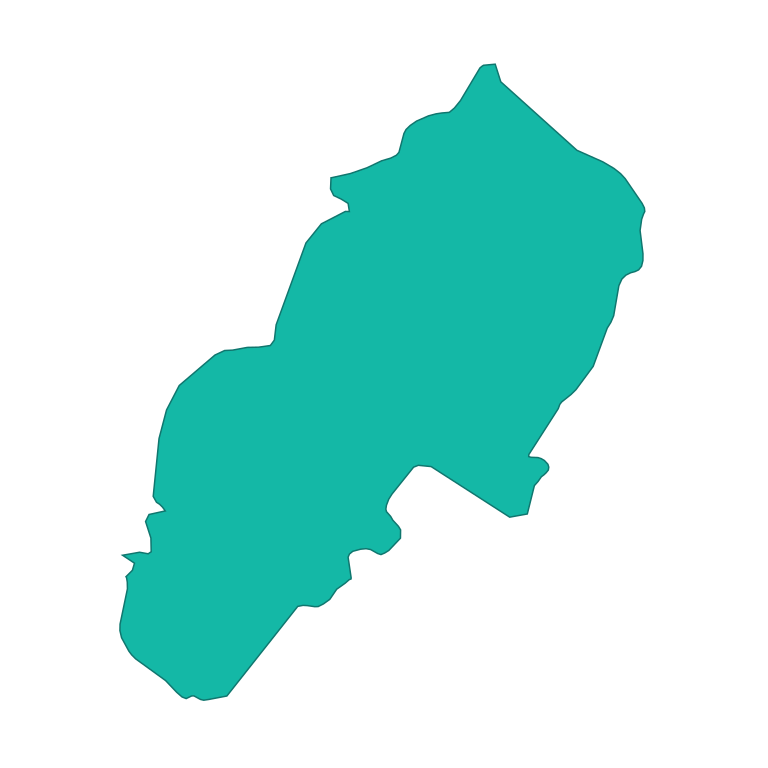 an SVG outline of Viroviticko-Podravska, rotated 273°
{"feature_id": "HRV-1606", "entity_name": "Viroviticko-Podravska", "entity_type": "County", "adm_level": 1, "iso_a3": "HRV", "parent_name": "Croatia", "parent_adm1": "", "projection": "orthographic", "projection_center": [17.571, 45.727], "detail": "fine", "context": "isolated", "style": "filled", "palette": "teal", "viewbox_px": 768, "rotation_deg": 273, "n_neighbors": 0, "source": "natural_earth", "source_scale": "10m", "svg_char_len": 2056}
<svg xmlns="http://www.w3.org/2000/svg" viewBox="0 0 768 768"><g transform="rotate(273 384 384)"><path d="M178.0,136.4L184.8,142.5L192.0,144.2L199.3,131.9L203.2,148.7L202.1,157.4L204.3,160.3L217.9,159.3L234.2,153.1L241.4,156.2L245.8,172.2L249.4,169.3L252.1,166.3L254.0,163.0L259.7,159.4L317.8,162.2L346.7,168.2L371.8,179.6L404.1,213.7L409.1,223.1L409.9,231.0L413.4,245.6L414.2,256.8L415.2,262.0L416.5,268.5L422.1,272.2L437.5,273.2L520.8,298.7L540.7,313.1L554.3,336.4L554.4,340.4L562.5,338.7L566.4,331.6L569.6,323.9L576.0,320.4L587.2,320.3L587.3,321.0L592.4,339.4L599.0,355.6L606.8,370.0L609.9,378.8L613.1,384.4L616.1,386.8L635.2,390.8L639.3,392.7L643.6,396.7L648.3,402.8L654.1,414.4L656.5,421.8L657.7,427.7L658.7,435.0L663.3,439.9L671.0,445.5L704.7,463.3L706.5,465.3L707.5,466.7L709.2,478.3L691.9,484.8L627.5,564.4L617.3,590.9L611.3,602.4L606.4,609.3L601.7,614.1L577.9,632.3L573.5,634.8L569.9,635.4L567.4,634.3L562.0,632.7L550.7,631.7L527.6,635.8L520.8,636.1L515.0,635.0L511.3,632.3L509.4,628.8L508.0,624.5L505.4,619.9L501.3,616.1L494.5,613.4L464.2,609.8L457.4,607.3L451.5,604.0L412.6,592.0L388.4,576.0L383.3,571.3L375.4,562.4L372.8,560.6L368.5,559.3L321.1,532.3L319.1,532.3L318.5,534.5L318.6,541.6L317.7,544.9L316.0,548.2L312.4,551.9L309.6,552.9L306.7,552.6L303.9,550.6L301.7,548.5L299.6,546.0L294.8,543.0L290.4,539.5L261.7,533.9L257.6,516.5L304.0,435.4L304.6,422.5L302.5,417.9L274.6,397.8L269.3,394.8L263.1,392.8L259.1,392.4L256.6,393.2L252.1,397.6L248.5,399.9L242.6,405.9L239.2,408.2L230.9,408.5L218.0,397.5L215.3,393.6L213.5,389.9L214.4,386.5L218.0,379.3L218.6,374.7L217.8,369.3L215.3,361.6L212.4,358.4L209.2,357.2L188.9,361.3L187.6,361.3L186.8,359.5L183.1,355.7L176.6,347.5L166.2,341.2L161.2,335.0L158.3,329.9L158.0,326.6L158.7,319.0L158.7,314.7L157.4,309.5L64.2,243.4L59.8,225.5L58.8,220.5L59.4,217.2L62.6,210.5L62.4,208.2L59.5,202.9L60.9,198.7L65.3,193.1L76.4,181.4L96.5,150.4L100.3,146.2L103.9,143.2L116.9,135.2L123.9,133.2L130.4,133.0L166.0,138.5L172.7,138.0L177.3,137.0L178.0,136.4Z" fill="#14b8a6" stroke="#0f766e" stroke-width="1.5"/></g></svg>